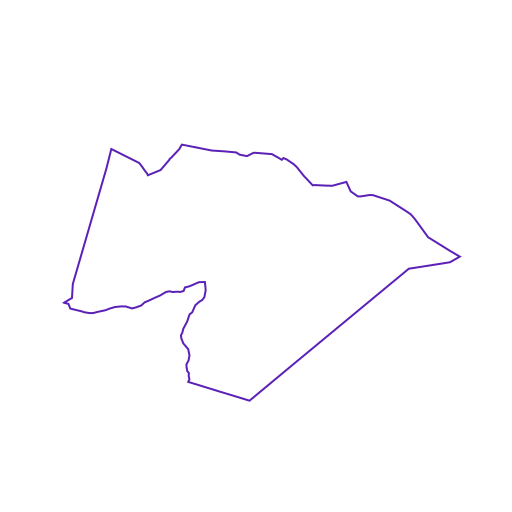 San Antonio Sinicahua, Oaxaca, Mexico, rotated 256°
{"feature_id": "50627088B26759671205553", "entity_name": "San Antonio Sinicahua", "entity_type": "district", "adm_level": 2, "iso_a3": "MEX", "parent_name": "Mexico", "parent_adm1": "Oaxaca", "projection": "robinson", "projection_center": [-97.572, 17.151], "detail": "fine", "context": "isolated", "style": "outline", "palette": "violet", "viewbox_px": 512, "rotation_deg": 256, "n_neighbors": 0, "source": "geoboundaries", "source_scale": "gbopen_adm2", "svg_char_len": 1617}
<svg xmlns="http://www.w3.org/2000/svg" viewBox="0 0 512 512"><g transform="rotate(256 256 256)"><path d="M286.7,384.3L287.7,380.9L288.5,371.9L289.2,369.2L295.8,363.5L306.0,361.6L305.7,347.1L307.0,342.2L310.6,330.2L310.9,328.1L322.5,321.6L332.4,317.1L336.1,314.7L342.5,308.9L344.4,306.3L343.1,304.3L346.5,300.9L347.1,300.2L351.0,296.1L356.4,280.0L356.7,278.5L355.1,271.4L358.3,264.6L360.3,262.8L360.6,262.5L361.3,261.8L365.2,250.6L369.0,238.7L382.0,211.0L378.2,207.3L372.0,197.7L371.0,195.6L370.3,195.2L362.5,184.2L360.5,170.6L362.6,170.2L365.4,168.9L369.4,167.4L374.5,165.2L394.8,141.5L376.9,131.9L273.2,71.5L259.8,67.3L257.1,58.4L256.9,58.6L255.0,62.4L249.9,63.1L244.6,73.2L243.0,75.7L240.9,80.6L240.0,84.2L240.1,88.2L240.0,91.6L239.8,96.6L240.4,101.6L240.6,106.9L239.7,113.1L238.5,117.5L236.9,120.1L235.1,123.1L235.2,127.3L235.7,132.3L235.7,132.6L238.0,136.8L238.6,140.9L239.9,147.5L240.9,153.4L242.9,160.0L242.7,163.4L241.2,166.5L240.4,171.0L239.4,174.1L239.6,177.3L242.7,179.5L242.7,184.0L243.2,187.2L244.4,194.4L243.1,200.1L239.9,199.7L234.7,198.8L228.5,195.9L226.3,193.2L225.5,190.3L222.9,185.2L220.2,183.1L216.8,180.5L215.4,177.4L209.1,173.4L205.6,170.2L202.9,167.8L199.3,165.9L197.2,164.0L194.3,163.6L188.8,164.3L182.0,167.7L175.6,167.4L170.8,165.2L167.7,162.3L164.8,161.7L160.9,161.5L158.6,162.6L156.1,161.7L152.6,161.6L150.2,159.8L132.9,188.5L117.2,214.7L141.0,264.1L206.7,401.2L203.0,442.7L206.1,453.6L214.0,445.5L232.6,427.5L235.4,426.4L242.3,423.6L252.7,419.4L255.8,417.9L259.1,416.2L265.0,410.8L274.3,402.0L277.3,399.2L280.1,394.8L286.7,384.3Z" fill="none" stroke="#5b21b6" stroke-width="2"/></g></svg>